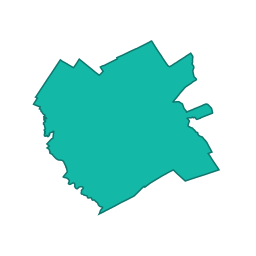 the district of Morteni, Dâmbovita, Romania, rotated 191°
{"feature_id": "2599482B842172523344", "entity_name": "Morteni", "entity_type": "district", "adm_level": 2, "iso_a3": "ROU", "parent_name": "Romania", "parent_adm1": "Dâmbovita", "projection": "natural_earth1", "projection_center": [25.227, 44.65], "detail": "fine", "context": "isolated", "style": "filled", "palette": "teal", "viewbox_px": 256, "rotation_deg": 191, "n_neighbors": 0, "source": "geoboundaries", "source_scale": "gbopen_adm2", "svg_char_len": 5713}
<svg xmlns="http://www.w3.org/2000/svg" viewBox="0 0 256 256"><g transform="rotate(191 128 128)"><path d="M76.3,157.5L76.7,157.8L76.9,158.2L77.7,159.5L78.3,160.6L78.7,161.2L79.1,161.8L79.7,162.3L80.3,162.4L80.8,162.6L83.0,163.5L83.9,163.4L87.8,162.3L88.3,162.2L88.8,162.3L88.7,162.6L86.2,167.0L84.8,169.7L84.5,170.1L84.1,171.2L83.5,172.3L80.6,177.2L80.6,177.3L80.2,178.1L79.7,178.6L79.7,178.8L78.7,179.9L78.2,180.3L77.7,180.9L74.9,183.6L73.0,185.8L71.8,186.9L71.1,187.4L70.5,187.9L70.1,188.5L70.2,188.9L70.4,189.2L71.2,189.8L73.0,190.9L75.2,196.1L75.2,198.2L75.1,198.6L74.8,199.5L74.9,199.9L75.5,201.4L77.2,202.8L77.1,203.3L77.5,204.0L77.4,204.3L77.2,204.6L77.2,205.1L77.5,206.2L77.7,207.8L77.9,208.8L77.8,209.4L77.9,210.1L78.1,210.7L80.7,213.4L82.3,211.8L83.7,210.6L85.9,208.3L91.0,203.5L93.2,201.2L94.4,200.3L96.5,198.1L98.6,196.3L98.7,196.2L99.2,196.2L100.6,196.7L102.8,198.7L107.6,203.5L108.8,204.9L112.5,208.5L115.5,211.6L121.2,217.7L121.4,217.9L122.3,217.4L123.3,216.4L132.7,209.1L134.4,207.7L135.4,207.2L140.8,203.3L146.9,198.7L152.4,194.9L151.7,193.8L154.8,191.4L159.4,187.9L163.1,185.0L163.5,184.7L164.1,184.5L165.0,184.0L166.8,182.6L165.5,181.1L164.3,179.9L163.3,179.0L163.2,178.9L163.3,178.8L163.9,177.8L166.2,174.3L166.9,174.6L171.7,177.0L174.5,178.6L177.6,180.2L178.5,180.7L189.0,186.3L189.8,184.3L189.8,184.1L190.1,183.4L191.2,180.7L191.5,180.3L191.5,180.0L192.6,177.5L192.9,176.9L193.0,176.9L193.3,176.9L199.5,179.0L199.9,179.3L200.4,179.4L205.1,180.9L207.4,182.0L214.4,165.1L216.1,161.2L219.6,152.6L220.3,151.0L224.4,140.9L224.6,140.7L222.7,140.0L225.3,133.3L224.3,133.0L223.0,132.8L219.6,132.1L218.3,132.1L218.2,131.8L218.6,129.9L217.9,129.8L217.5,129.5L217.0,129.1L216.7,128.7L216.6,127.9L216.3,127.6L216.0,127.4L215.5,127.3L215.3,127.1L214.9,126.5L214.4,126.0L213.8,125.5L212.4,125.0L212.0,124.7L211.9,124.4L212.0,124.2L212.9,123.0L212.9,122.8L212.6,122.4L212.1,122.5L211.5,122.8L210.8,122.6L209.9,122.1L209.8,121.8L209.9,121.7L210.1,121.6L210.5,121.3L211.2,121.1L211.4,121.3L211.8,121.3L212.3,121.1L212.4,120.8L212.3,120.5L211.8,119.6L211.4,119.2L210.6,119.3L210.3,119.1L210.2,118.8L210.3,118.5L210.5,118.3L211.7,117.3L211.8,117.1L211.9,116.8L211.8,116.1L211.6,115.6L211.1,115.6L210.9,115.5L210.6,114.7L210.4,114.3L210.3,114.0L210.0,113.5L209.9,113.0L209.6,112.7L209.5,112.4L209.0,111.6L208.9,111.5L209.0,111.3L209.8,110.6L209.8,110.3L209.8,110.0L209.7,109.5L209.4,109.2L208.7,109.1L208.5,108.7L208.9,108.5L209.0,107.6L208.9,107.5L208.5,107.3L208.4,107.2L208.8,106.9L208.9,106.7L208.7,105.9L208.7,105.7L208.9,105.3L208.8,105.0L208.5,104.4L207.8,104.1L207.3,104.3L206.7,105.0L206.2,104.9L206.0,105.0L205.8,104.9L205.8,104.6L205.4,104.6L205.3,104.3L205.2,104.3L204.9,104.3L204.1,105.2L203.7,106.2L203.7,106.6L203.9,106.7L204.0,106.8L203.9,107.0L204.2,107.2L204.1,107.5L204.0,107.8L203.6,108.2L203.3,108.6L202.9,108.8L202.2,109.2L201.6,109.4L201.5,109.5L201.5,109.8L201.2,110.1L200.9,110.3L200.3,110.5L200.2,110.3L200.0,106.7L199.7,103.7L200.9,102.8L204.6,96.9L201.8,95.2L203.7,93.0L202.6,92.6L202.1,92.4L200.9,91.6L200.8,90.9L200.8,90.6L200.0,89.9L200.0,89.7L200.1,88.9L200.0,88.7L199.9,88.5L197.1,87.6L196.1,86.6L195.3,86.0L192.7,84.2L190.8,83.5L190.5,83.4L189.8,83.4L186.9,83.7L186.7,83.7L185.0,83.0L182.9,80.0L182.0,79.1L181.7,77.9L181.0,77.6L181.0,77.4L180.1,75.4L179.8,74.9L179.5,74.0L179.3,73.4L179.3,73.2L179.5,72.8L182.3,67.7L182.2,67.5L182.0,67.4L181.3,67.3L179.3,67.3L178.4,67.1L177.7,66.9L175.7,65.4L175.6,65.1L175.5,64.4L175.9,62.9L175.9,62.4L175.8,61.9L175.6,61.8L175.3,61.7L174.6,61.5L173.7,61.9L172.9,62.5L172.3,63.0L171.4,63.6L170.5,63.6L170.2,63.4L169.9,63.3L169.6,62.7L169.3,62.0L169.3,61.3L169.3,60.6L169.1,60.3L168.1,59.2L167.7,58.9L166.8,58.6L166.3,58.6L165.9,59.0L164.7,60.7L163.5,61.3L162.5,61.4L162.2,61.6L161.9,61.6L161.0,61.2L160.4,60.7L160.4,60.2L161.6,58.3L161.8,57.8L161.7,57.4L161.5,56.7L161.4,56.4L161.6,55.9L161.6,55.5L161.5,55.0L161.2,54.5L161.0,54.3L159.8,54.4L159.6,54.4L158.7,53.8L156.2,53.6L155.5,53.7L155.2,53.5L154.4,52.0L154.0,51.7L153.6,51.7L152.0,52.3L150.9,52.6L150.7,52.5L150.3,51.7L149.5,50.6L148.8,50.4L148.5,50.5L147.7,50.9L147.3,50.9L145.8,49.8L144.0,48.9L143.6,48.7L143.1,48.0L142.6,47.1L142.0,46.6L141.0,45.8L140.0,45.6L138.2,45.5L138.0,45.3L137.8,45.0L137.7,44.8L139.1,42.4L139.3,41.6L139.7,38.8L139.9,38.1L135.9,41.1L133.8,42.9L131.5,44.6L130.1,45.9L129.3,46.3L127.1,48.2L126.3,48.6L125.6,49.4L125.0,49.8L120.7,53.4L115.9,57.0L109.7,61.9L108.9,62.6L104.7,68.7L103.3,70.9L101.1,73.8L100.5,73.3L100.2,73.1L96.7,77.0L95.0,78.8L92.1,81.4L85.5,87.4L83.0,89.5L82.9,89.5L79.8,92.2L75.5,95.5L71.4,92.8L61.7,86.9L52.3,92.2L42.6,97.5L40.4,98.8L36.7,100.9L30.7,104.3L32.4,106.1L39.9,113.6L41.5,115.4L44.4,118.3L41.0,120.4L44.0,124.0L45.8,126.2L47.3,128.2L47.8,128.8L49.7,130.5L51.2,131.5L52.7,132.8L53.2,133.3L53.7,133.4L55.2,133.6L56.1,133.8L57.3,134.4L57.8,134.8L58.4,135.4L58.5,135.7L58.4,136.0L58.4,136.3L58.6,136.5L58.9,136.7L59.8,137.0L60.3,137.0L60.8,137.2L61.5,137.8L61.8,138.2L62.1,138.5L63.6,139.3L64.5,140.1L65.1,140.3L65.7,140.3L66.6,140.4L67.5,140.8L68.3,141.0L68.8,141.0L69.1,141.2L69.4,141.6L69.6,142.5L69.5,143.7L69.0,146.5L70.0,147.5L70.5,147.8L71.0,148.3L71.6,148.6L71.8,148.8L71.6,149.0L71.1,149.2L70.3,149.6L69.5,149.8L68.5,149.9L68.0,150.0L67.2,150.5L67.1,150.9L66.9,151.0L65.6,150.5L65.3,150.7L64.5,151.3L64.4,151.3L63.8,150.8L62.6,149.7L62.3,149.6L62.0,149.6L61.5,149.9L60.2,150.7L58.9,151.4L58.6,151.7L58.5,152.0L47.9,158.7L47.8,159.0L49.5,162.8L49.8,163.2L50.4,163.8L54.2,166.4L54.7,166.5L55.5,166.3L56.0,166.5L58.4,165.0L58.6,164.9L58.6,164.7L65.4,160.2L66.4,159.7L67.1,159.0L72.8,155.4L73.4,154.7L73.5,154.7L74.0,155.6L74.3,155.9L75.3,156.7L76.0,157.3L76.3,157.5Z" fill="#14b8a6" stroke="#0f766e" stroke-width="1.5"/></g></svg>